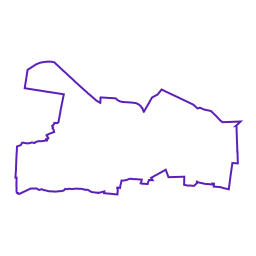 Caracal, Olt, Romania (Natural Earth projection)
{"feature_id": "2599482B13256111556680", "entity_name": "Caracal", "entity_type": "district", "adm_level": 2, "iso_a3": "ROU", "parent_name": "Romania", "parent_adm1": "Olt", "projection": "natural_earth1", "projection_center": [24.333, 44.117], "detail": "fine", "context": "isolated", "style": "outline", "palette": "violet", "viewbox_px": 256, "rotation_deg": 0, "n_neighbors": 0, "source": "geoboundaries", "source_scale": "gbopen_adm2", "svg_char_len": 5586}
<svg xmlns="http://www.w3.org/2000/svg" viewBox="0 0 256 256"><path d="M228.8,189.3L230.6,175.4L232.4,163.0L237.8,163.4L237.5,151.8L237.3,151.8L237.1,143.6L237.0,142.8L237.0,141.5L236.9,140.5L236.9,138.3L236.8,137.4L236.8,136.5L236.8,135.7L236.8,134.6L236.7,133.5L236.6,132.2L236.6,131.9L236.7,131.7L236.7,131.3L236.6,131.0L236.6,130.6L236.6,129.4L236.6,128.7L236.5,126.0L236.5,125.7L236.0,125.8L240.6,121.5L222.5,122.2L222.3,122.0L222.2,121.9L220.5,120.7L219.7,119.8L216.5,116.4L215.2,115.1L212.2,112.2L211.1,111.2L210.9,111.0L209.5,110.7L205.5,109.8L204.8,109.7L203.9,109.4L203.5,109.3L202.5,108.8L201.5,108.4L199.9,107.7L197.6,108.5L193.5,104.8L193.2,104.6L191.2,103.6L189.6,102.9L188.5,102.3L187.4,101.8L186.3,101.3L184.4,100.4L183.4,99.9L181.7,99.1L178.2,97.4L176.1,96.4L175.6,96.2L172.2,94.6L169.9,93.5L165.8,91.6L161.6,89.5L161.0,90.3L159.9,91.7L159.7,91.9L159.2,92.5L158.8,93.0L158.5,93.4L158.2,93.8L157.8,94.2L157.5,94.6L157.4,94.7L157.1,94.8L156.3,95.2L153.9,96.5L153.0,97.0L152.2,97.4L152.0,97.5L151.9,97.7L151.1,99.1L150.3,100.5L149.6,101.7L149.0,103.0L148.1,104.4L146.2,107.7L145.3,109.3L144.6,110.6L144.1,111.5L143.9,111.8L143.7,111.8L143.5,111.2L143.1,110.3L142.9,109.6L142.5,108.5L142.3,108.0L142.2,107.9L141.9,108.0L141.7,107.6L141.3,107.0L141.0,106.6L140.8,106.3L140.4,105.9L140.2,105.7L139.9,105.4L139.6,105.1L139.2,104.9L138.6,104.4L138.2,104.2L137.5,103.8L137.1,103.6L136.8,103.5L136.4,103.3L135.5,103.1L135.0,103.0L134.7,102.9L134.3,102.9L133.4,102.8L133.0,102.7L132.6,102.7L131.9,102.6L130.7,102.5L126.1,102.2L123.0,102.0L121.4,101.7L120.6,101.5L120.1,101.4L119.5,101.2L118.9,100.9L118.7,100.7L118.4,100.6L117.9,100.3L117.3,99.9L116.9,99.5L116.2,98.9L115.7,98.3L108.2,97.9L100.6,97.4L100.5,97.5L100.4,101.3L100.4,102.3L100.4,102.7L100.3,102.9L98.6,101.9L97.4,101.2L96.7,100.7L96.2,100.4L95.8,100.1L94.7,99.1L93.4,97.9L92.3,97.0L90.7,95.6L89.4,94.5L88.1,93.5L87.0,92.4L85.9,91.4L85.3,90.8L84.4,90.1L83.7,89.5L82.9,88.7L82.3,88.2L80.6,86.7L79.7,85.9L77.7,84.0L76.7,83.1L76.0,82.5L75.0,81.6L73.9,80.5L73.3,79.9L72.0,78.7L70.1,77.0L68.1,75.2L67.3,74.4L66.2,73.4L65.1,72.3L64.0,71.4L63.1,70.6L62.0,69.5L61.1,68.7L59.4,67.1L57.8,65.6L56.6,64.5L55.8,63.8L55.8,63.7L54.3,62.3L51.2,61.7L48.3,61.6L44.0,62.0L39.9,62.8L36.2,64.3L30.0,68.3L27.6,69.8L24.7,88.2L46.4,91.6L47.3,91.9L47.7,91.9L47.8,91.8L63.8,94.3L60.5,110.7L60.5,111.2L60.1,113.4L58.4,122.3L58.0,122.7L57.6,123.0L57.4,123.1L54.3,122.9L54.1,124.0L53.6,124.6L53.1,125.0L52.7,125.4L52.2,125.8L52.2,126.0L52.3,126.4L52.8,127.1L53.0,127.3L52.8,127.6L52.5,127.9L52.5,128.1L52.6,128.4L53.6,129.5L53.8,130.8L54.1,132.1L53.0,132.4L48.8,134.0L48.3,134.4L47.7,134.6L46.8,134.9L46.5,135.1L46.5,135.3L46.6,135.7L48.0,137.5L48.4,138.2L48.2,138.4L47.8,138.7L47.4,138.8L46.1,139.1L46.0,139.3L47.1,140.3L47.0,140.5L46.6,140.5L46.2,140.5L44.4,140.8L43.5,140.9L42.2,141.1L39.9,141.3L39.5,141.2L39.0,141.1L38.2,141.3L36.8,141.7L36.1,141.8L35.8,142.0L34.6,143.0L34.3,143.0L33.7,142.9L32.8,142.6L32.3,142.5L32.0,142.5L31.5,142.5L31.2,142.6L30.1,143.0L29.6,143.1L29.0,143.3L28.6,143.3L27.4,143.3L26.3,143.3L23.2,142.7L22.7,142.7L22.0,142.8L21.6,143.6L21.3,144.3L21.1,144.7L20.7,145.1L20.3,145.3L18.0,146.1L17.0,146.5L16.9,148.9L16.8,151.1L16.7,152.6L16.6,153.3L16.1,165.4L16.0,170.3L15.8,172.0L15.6,174.9L15.4,177.5L16.2,177.5L16.6,177.6L16.6,177.8L16.5,180.6L16.4,186.2L16.4,186.6L16.6,186.9L16.6,187.3L16.5,190.8L16.6,191.6L16.7,192.1L16.7,192.6L16.8,192.8L17.6,192.9L18.0,193.0L18.1,193.7L18.3,193.8L18.8,193.8L19.1,194.0L30.8,188.5L31.1,188.6L31.5,188.6L31.9,188.6L32.7,188.5L35.1,188.5L36.0,188.4L36.5,188.4L37.6,189.0L38.2,189.5L38.7,189.8L39.0,189.9L39.3,189.9L39.7,189.8L41.0,189.4L41.4,189.3L41.8,189.2L42.0,189.3L42.9,189.7L43.4,190.0L43.6,190.1L44.1,190.2L44.8,190.2L45.4,190.3L46.3,190.6L47.3,190.9L47.8,191.0L48.4,191.1L49.4,191.3L50.5,191.3L52.0,191.4L53.8,191.5L54.2,191.6L55.5,191.6L56.8,191.5L57.7,191.4L59.2,191.2L59.8,191.1L60.7,191.1L61.4,191.1L61.8,191.0L62.1,190.9L62.6,190.8L63.1,190.7L63.5,190.6L63.9,190.3L64.1,190.2L64.4,189.8L64.7,189.4L64.9,189.1L65.0,189.0L66.1,189.1L66.9,189.2L67.3,189.2L67.6,189.1L67.9,188.9L68.0,188.9L68.3,188.8L68.6,188.8L69.9,188.9L70.6,188.9L71.2,189.0L71.7,189.1L71.9,189.1L72.2,189.1L72.7,189.0L73.1,188.9L75.4,188.7L76.7,188.7L78.0,188.7L78.1,188.8L80.8,188.8L81.6,188.8L82.5,189.1L83.5,189.3L83.8,189.4L84.1,189.5L84.7,189.6L84.9,189.7L85.1,189.7L85.3,189.7L85.3,189.8L87.4,189.8L87.8,189.8L89.9,191.1L91.4,191.9L91.6,192.0L92.7,192.2L94.4,192.4L96.6,192.7L98.0,192.9L98.0,192.7L99.2,192.7L100.3,192.5L102.6,191.9L104.3,191.4L104.1,193.2L106.3,193.4L107.6,193.5L108.4,193.6L109.3,193.7L110.2,193.7L115.3,194.3L117.5,194.4L117.5,193.5L117.5,192.3L117.6,192.2L117.7,190.9L117.8,190.3L117.8,190.2L117.8,189.0L117.8,188.4L117.2,188.3L117.4,187.5L120.1,187.9L120.4,185.5L121.3,181.9L121.5,180.6L122.8,180.6L124.1,180.5L125.4,180.2L126.6,180.0L127.7,179.6L128.7,179.1L129.3,178.9L130.2,178.8L130.8,178.8L131.4,178.8L131.8,178.9L133.0,179.1L135.0,179.1L141.7,179.6L141.6,180.2L141.6,180.5L141.4,181.3L141.2,182.3L140.9,183.0L140.7,183.3L141.2,183.6L144.3,183.8L147.7,184.0L148.0,182.6L148.1,182.2L148.5,181.4L148.8,180.5L149.0,180.0L149.5,180.0L150.6,180.1L151.4,180.1L152.3,180.2L152.7,180.2L151.1,177.8L151.3,177.7L165.4,169.9L165.7,169.7L168.5,177.2L184.3,176.7L184.1,184.8L187.9,185.6L188.5,185.6L190.1,185.5L191.7,185.7L194.0,185.9L197.0,183.0L196.9,181.5L197.1,181.5L197.7,182.7L198.4,182.4L206.2,184.1L207.8,184.0L209.3,184.2L211.9,184.5L212.1,183.5L214.0,183.7L213.7,186.6L218.9,187.0L221.1,187.2L222.3,187.8L228.8,189.3Z" fill="none" stroke="#5b21b6" stroke-width="2"/></svg>